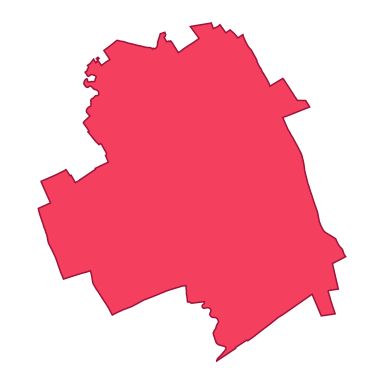 the district of Andrieseni, Iasi, Romania
{"feature_id": "2599482B25328150396087", "entity_name": "Andrieseni", "entity_type": "district", "adm_level": 2, "iso_a3": "ROU", "parent_name": "Romania", "parent_adm1": "Iasi", "projection": "albers", "projection_center": [27.294, 47.519], "detail": "fine", "context": "isolated", "style": "filled", "palette": "rose", "viewbox_px": 384, "rotation_deg": 0, "n_neighbors": 0, "source": "geoboundaries", "source_scale": "gbopen_adm2", "svg_char_len": 5695}
<svg xmlns="http://www.w3.org/2000/svg" viewBox="0 0 384 384"><path d="M242.9,34.6L237.8,37.9L236.5,36.1L234.2,33.5L230.1,29.9L225.8,32.8L220.0,24.7L218.0,26.4L217.1,26.9L213.3,28.6L212.7,26.7L211.8,24.5L211.5,24.0L211.4,23.0L190.3,26.5L199.1,38.4L194.0,42.1L188.5,45.6L183.4,49.0L181.5,50.6L178.3,52.6L172.4,43.1L171.3,41.6L170.7,40.9L169.6,41.8L168.9,41.0L166.6,41.7L164.1,37.3L165.2,36.4L165.7,34.7L164.8,32.3L160.3,33.8L157.6,42.3L157.3,46.2L157.1,46.6L156.4,47.5L155.3,48.6L155.1,48.7L154.2,48.6L153.7,48.5L153.2,48.2L152.5,49.1L152.2,48.8L151.2,48.0L150.4,47.6L148.0,47.5L145.9,47.3L142.1,46.4L141.6,46.2L138.6,45.6L131.9,43.9L128.5,43.2L125.2,42.1L124.6,42.0L123.2,41.5L121.3,41.3L117.9,40.5L117.1,40.3L116.1,41.0L111.6,44.7L103.9,50.5L109.9,59.5L106.1,62.0L103.1,64.2L101.4,65.5L98.4,61.1L97.6,59.8L99.1,58.5L98.0,57.3L96.3,58.5L97.7,60.1L98.0,60.6L96.8,61.4L97.0,61.7L95.8,62.8L93.6,59.1L90.2,63.5L88.3,64.8L87.5,65.5L88.1,66.1L88.3,66.6L88.4,67.0L88.4,67.5L88.2,68.0L87.3,69.4L87.1,70.6L86.8,71.1L86.4,71.4L85.6,71.7L85.3,71.9L85.1,72.2L85.2,72.4L85.4,72.7L86.5,74.1L87.4,75.9L87.9,76.2L88.5,76.3L89.0,76.1L90.4,74.9L91.4,74.6L92.3,74.6L94.8,75.5L95.4,75.9L95.8,76.3L96.0,76.6L96.1,77.0L96.1,77.4L95.9,77.8L95.3,78.9L95.0,80.4L94.7,81.1L94.5,81.4L93.7,81.7L91.7,81.5L91.0,81.6L89.8,81.9L89.2,82.0L88.5,82.0L88.1,81.8L87.8,81.6L87.7,81.2L87.6,80.3L87.3,79.3L87.1,79.0L86.8,78.8L86.4,78.8L86.0,79.1L85.0,80.1L84.6,81.0L84.2,81.8L83.9,83.0L83.9,83.9L84.0,84.3L84.6,84.9L85.4,86.2L85.9,86.7L86.3,87.0L86.9,87.3L87.7,87.4L88.1,87.2L89.3,86.4L89.9,86.2L90.4,86.1L90.8,86.1L91.4,86.5L93.7,89.0L94.5,89.4L96.5,90.0L97.5,90.5L98.1,91.2L98.5,91.9L98.7,92.4L98.7,93.1L98.7,94.1L98.6,94.7L98.5,95.0L98.1,95.4L96.1,95.7L95.6,95.8L95.1,96.1L94.4,96.7L93.7,97.8L93.4,98.0L91.9,98.7L91.2,99.4L90.8,100.2L90.7,100.8L91.0,102.1L90.9,103.7L91.1,105.3L90.8,106.1L89.4,106.7L88.7,107.1L88.1,107.7L87.5,108.3L86.8,109.3L86.4,110.3L86.4,111.4L86.5,111.8L86.8,112.5L89.0,115.1L89.9,115.9L89.4,116.5L83.9,121.7L83.5,122.3L83.4,122.8L83.6,123.3L87.4,128.6L88.4,130.3L88.9,131.2L87.9,131.9L90.9,135.4L92.5,137.5L93.9,139.3L94.9,140.3L94.9,140.6L99.0,144.7L100.5,143.5L101.7,144.7L103.1,147.2L103.8,148.3L103.8,148.5L104.2,149.1L104.5,150.0L105.0,150.4L105.0,150.6L105.7,151.7L106.6,153.6L106.1,155.0L105.5,155.5L106.5,157.7L108.3,162.2L103.5,164.4L95.2,168.4L95.4,169.4L90.5,172.6L83.4,177.5L79.9,179.7L80.0,179.9L78.0,181.2L75.3,182.6L71.1,175.2L70.7,175.4L70.0,175.7L66.8,170.8L65.9,169.6L65.2,170.1L63.7,171.0L56.4,174.6L49.7,177.6L41.1,181.3L41.3,182.3L42.0,183.8L50.5,202.9L38.3,208.4L39.4,213.2L42.2,221.7L42.8,223.0L43.6,226.0L44.2,227.8L45.3,230.3L45.5,231.6L45.7,232.1L46.6,234.2L47.0,235.8L47.4,237.7L47.5,238.8L48.4,242.8L49.2,244.5L50.7,247.5L51.6,249.2L53.3,252.7L55.7,257.9L57.4,262.6L58.0,264.5L58.5,266.1L60.0,270.1L60.6,272.1L62.3,276.0L63.5,279.1L73.6,275.8L75.5,275.2L82.4,273.1L85.3,272.4L88.0,271.6L90.3,270.7L91.2,273.5L91.9,277.0L92.2,279.2L92.8,282.4L93.1,283.4L93.5,284.4L96.3,289.1L97.9,291.3L103.5,300.1L106.9,305.2L108.7,308.2L111.2,312.9L112.3,315.0L114.0,314.1L117.2,312.5L120.8,310.8L121.5,310.6L122.4,310.0L123.6,309.6L130.3,307.1L132.5,306.1L138.4,303.0L142.5,300.7L145.3,299.4L146.3,299.1L156.0,295.3L162.6,292.5L166.7,290.9L170.5,289.6L182.1,286.1L185.9,285.6L186.1,288.5L186.5,292.2L186.4,292.9L186.4,294.2L186.6,294.9L186.8,295.5L186.9,296.3L187.3,299.9L187.4,301.0L187.4,301.8L187.6,302.0L188.5,302.1L189.5,301.8L190.5,302.8L190.9,303.0L191.8,303.2L204.3,301.7L204.4,302.3L204.4,302.8L204.3,303.3L204.1,303.8L203.1,304.4L202.6,305.0L202.2,305.6L202.1,306.1L202.2,306.5L202.3,307.1L203.0,307.9L203.7,308.3L204.3,308.4L205.6,308.0L207.3,307.7L208.8,307.9L209.6,308.3L210.4,309.1L210.8,309.7L210.9,310.5L210.7,311.5L210.1,312.9L209.8,314.1L209.8,314.8L210.3,315.7L211.2,316.6L212.2,317.3L213.3,317.5L215.0,317.5L215.9,317.7L216.8,318.4L217.6,319.2L218.2,320.4L218.4,321.4L218.2,322.6L216.8,324.9L215.6,328.7L214.6,330.0L213.8,331.5L213.3,332.8L213.3,333.9L215.4,340.5L216.2,342.6L216.8,343.5L217.3,343.9L219.0,344.9L224.5,346.4L225.1,346.7L225.6,347.1L225.9,347.6L226.0,348.2L226.0,348.7L225.7,349.4L223.7,352.0L220.7,355.5L217.9,358.2L217.4,359.0L216.7,360.5L216.7,361.0L235.7,348.3L235.6,347.4L245.3,341.1L246.6,340.2L246.9,340.2L247.7,340.8L249.4,339.7L255.6,335.2L256.3,334.5L257.7,333.5L264.6,328.1L268.7,325.1L278.7,317.1L282.9,314.6L312.1,294.2L321.3,315.9L329.1,314.8L335.2,313.8L332.9,307.2L330.7,300.3L330.3,298.8L330.2,298.3L328.1,291.2L328.5,290.7L330.0,290.3L338.3,289.1L338.1,288.2L332.8,265.2L332.5,263.5L345.7,256.7L345.0,255.7L344.4,254.9L343.9,253.8L343.5,252.9L343.0,251.0L342.7,250.1L342.3,249.4L341.6,248.3L340.1,247.1L340.0,246.8L339.8,246.5L338.5,244.7L337.2,242.3L335.9,239.2L335.5,238.7L335.0,238.3L327.3,233.6L324.8,232.0L323.9,231.0L322.8,229.4L322.1,228.1L320.9,225.7L320.1,223.6L319.4,221.8L318.9,219.5L318.0,214.5L317.7,213.0L317.1,210.9L314.2,202.8L312.0,195.9L310.6,191.9L309.7,189.1L308.6,185.5L307.9,183.6L307.4,181.7L306.3,177.2L305.7,174.9L304.8,171.3L304.1,165.8L303.5,162.1L303.2,161.0L302.2,156.7L301.6,154.8L301.3,154.1L301.0,153.5L301.1,153.4L297.2,145.8L295.6,142.9L294.9,141.6L292.6,137.4L290.7,134.3L289.3,131.5L288.6,130.6L287.8,129.1L286.0,125.1L282.8,117.5L288.0,115.6L303.3,109.5L309.7,107.0L305.6,100.5L300.9,100.4L297.4,100.4L294.1,95.6L292.9,93.6L284.1,80.0L283.7,79.4L282.8,78.4L275.2,83.0L270.0,86.2L269.3,84.2L268.3,82.0L267.5,80.5L265.9,77.6L263.1,73.0L262.5,72.2L262.2,71.7L261.5,70.0L260.9,68.7L260.6,68.2L259.8,67.3L257.7,63.2L257.0,61.5L256.7,60.0L256.1,58.8L251.7,50.8L251.3,50.1L249.1,47.6L248.1,46.3L246.1,42.7L245.2,40.9L244.3,38.7L243.6,37.3L242.9,34.6Z" fill="#f43f5e" stroke="#9f1239" stroke-width="1.5"/></svg>